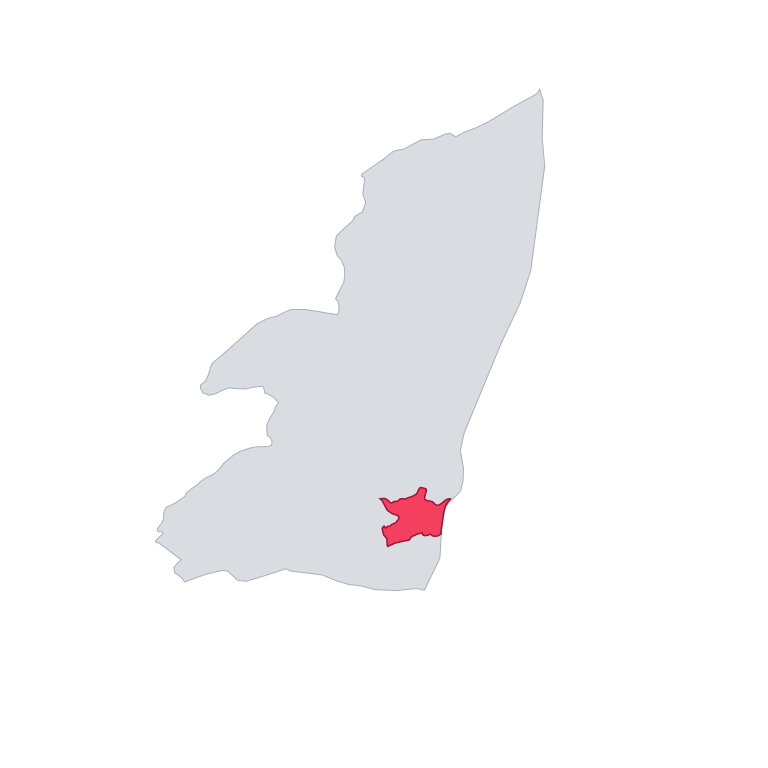 Bomi on a map of Liberia (Equal Earth projection), rotated 242°
{"feature_id": "LBR-783", "entity_name": "Bomi", "entity_type": "County", "adm_level": 1, "iso_a3": "LBR", "parent_name": "Liberia", "parent_adm1": "", "projection": "equal_earth", "projection_center": [-10.785, 6.699], "detail": "fine", "context": "in_parent", "style": "filled", "palette": "rose", "viewbox_px": 768, "rotation_deg": 242, "n_neighbors": 0, "source": "natural_earth", "source_scale": "10m", "svg_char_len": 3869}
<svg xmlns="http://www.w3.org/2000/svg" viewBox="0 0 768 768"><g transform="rotate(242 384 384)"><path d="M182.9,322.8L188.1,316.9L195.7,298.1L206.4,279.9L216.3,269.1L224.2,258.0L232.6,249.6L244.5,239.7L262.8,213.6L267.0,210.6L270.0,192.5L274.5,169.5L279.8,162.4L292.2,158.2L295.1,154.2L299.5,138.0L302.3,119.2L302.6,115.1L307.5,114.6L315.8,110.6L320.7,112.4L322.8,117.8L324.0,122.4L349.3,110.6L351.5,108.2L352.9,108.6L356.0,119.2L357.9,118.6L359.4,115.5L361.1,115.2L363.1,116.6L365.1,121.6L368.3,126.0L373.8,129.1L377.3,133.4L376.9,144.7L378.3,155.7L380.6,158.2L381.9,164.8L382.6,172.0L383.9,175.8L384.8,183.1L384.4,190.9L385.4,196.4L389.4,205.9L391.9,217.9L392.0,226.3L390.5,235.2L387.8,243.4L383.1,252.3L382.7,255.8L385.5,258.1L389.8,258.5L393.3,256.7L402.3,260.8L407.1,266.6L411.2,273.9L414.9,277.5L416.6,282.1L423.0,280.8L430.4,276.4L431.9,274.4L434.1,275.5L438.9,275.9L442.2,268.0L444.9,258.9L450.6,249.1L453.5,245.3L454.2,239.0L454.5,230.8L456.5,223.8L461.3,219.9L466.4,220.0L469.2,221.4L470.6,228.2L474.7,233.4L478.2,237.0L480.1,238.5L483.1,242.5L485.9,256.3L496.9,300.8L496.4,313.0L494.2,321.1L494.2,328.9L493.5,336.7L486.8,349.4L467.0,375.4L468.6,377.6L473.3,380.6L478.1,382.1L482.1,381.3L487.0,387.8L492.4,396.0L498.0,400.2L506.2,404.0L513.3,404.4L519.4,403.0L527.9,404.6L537.0,411.3L540.3,422.5L542.5,432.2L545.7,437.2L546.1,445.6L552.6,453.0L561.8,454.5L573.8,463.1L576.9,462.7L578.2,461.6L579.7,463.2L582.7,488.3L585.1,501.6L583.8,506.9L582.2,511.1L582.2,531.4L576.8,543.0L575.9,555.7L574.4,559.9L568.6,563.5L568.6,573.3L567.1,585.2L566.5,597.7L568.2,630.6L568.5,655.2L571.1,659.8L559.9,657.8L526.7,639.0L501.1,628.3L415.5,567.0L391.7,542.4L364.3,505.8L303.4,432.1L289.5,420.2L272.0,414.5L261.2,408.2L253.5,401.4L247.3,381.0L232.1,368.8L204.0,351.6L182.9,322.8Z" fill="#d9dde1" stroke="#a8b0b8" stroke-width="1"/><path d="M251.5,389.3L249.7,384.6L246.5,380.0L242.7,376.5L227.3,365.3L225.0,364.2L224.7,362.6L224.6,360.9L224.7,359.9L225.0,358.9L225.8,357.3L226.3,356.5L226.8,355.9L227.2,355.6L228.2,355.0L229.2,354.7L229.6,354.2L229.8,353.4L229.9,351.7L230.2,350.5L230.9,349.1L231.3,348.4L231.8,347.9L232.2,347.6L232.6,347.5L232.9,347.4L233.3,347.5L234.1,347.9L234.5,347.8L234.7,347.5L234.9,347.2L235.1,346.3L235.9,342.2L236.0,339.6L236.3,337.5L236.0,336.0L235.7,335.2L234.7,333.8L234.5,333.0L234.6,332.0L235.9,328.3L238.4,319.0L238.6,317.9L238.4,316.5L238.5,315.4L238.9,312.9L238.5,311.4L239.3,311.0L239.9,311.0L245.3,313.6L246.5,313.7L248.6,313.5L250.4,312.9L250.9,312.9L251.3,312.9L257.4,314.6L257.9,315.3L258.1,315.8L258.1,316.3L258.2,316.7L258.4,316.9L258.6,317.2L258.5,317.5L258.2,317.6L256.7,317.5L256.3,317.6L256.1,317.8L256.0,318.1L256.1,318.6L256.3,319.1L256.4,319.5L256.5,319.9L256.5,320.3L256.3,321.2L256.1,321.7L256.0,322.1L255.9,322.5L255.8,322.9L255.9,323.2L256.1,324.2L256.3,324.6L256.4,325.2L256.4,325.7L256.1,326.2L256.1,326.6L256.2,327.5L256.2,327.9L256.0,328.7L255.9,329.1L256.0,329.8L256.8,330.7L257.0,331.0L257.1,331.5L257.3,332.1L257.6,332.8L258.3,333.8L259.0,334.7L259.6,334.8L260.5,334.6L262.2,333.6L263.2,332.8L264.0,332.1L265.0,330.9L265.8,330.3L270.9,327.6L281.6,327.6L284.5,326.7L283.0,330.3L282.3,331.3L280.9,332.1L278.9,333.2L276.3,333.6L275.6,334.1L275.4,335.3L275.5,337.1L275.3,338.7L274.6,339.4L274.2,340.1L274.4,341.7L274.9,344.4L274.5,345.6L272.9,348.2L272.3,349.4L272.4,349.5L272.3,352.0L272.1,352.8L271.8,354.1L271.6,354.8L271.5,356.2L271.6,360.7L272.0,361.7L274.6,365.2L275.4,366.8L275.4,367.7L274.3,369.2L272.0,371.6L270.9,371.9L269.3,370.9L269.0,370.4L268.6,370.0L264.7,366.6L263.8,366.1L263.3,366.0L262.7,366.1L262.0,366.4L261.1,367.2L260.2,368.1L258.7,370.0L257.3,371.5L256.9,371.7L254.6,372.3L253.4,372.8L252.3,373.7L251.8,374.4L251.5,375.1L251.4,375.9L251.4,377.1L251.5,378.2L251.6,379.2L252.5,382.9L252.7,384.0L252.6,385.6L251.5,389.2L251.5,389.3Z" fill="#f43f5e" stroke="#9f1239" stroke-width="1.5"/></g></svg>